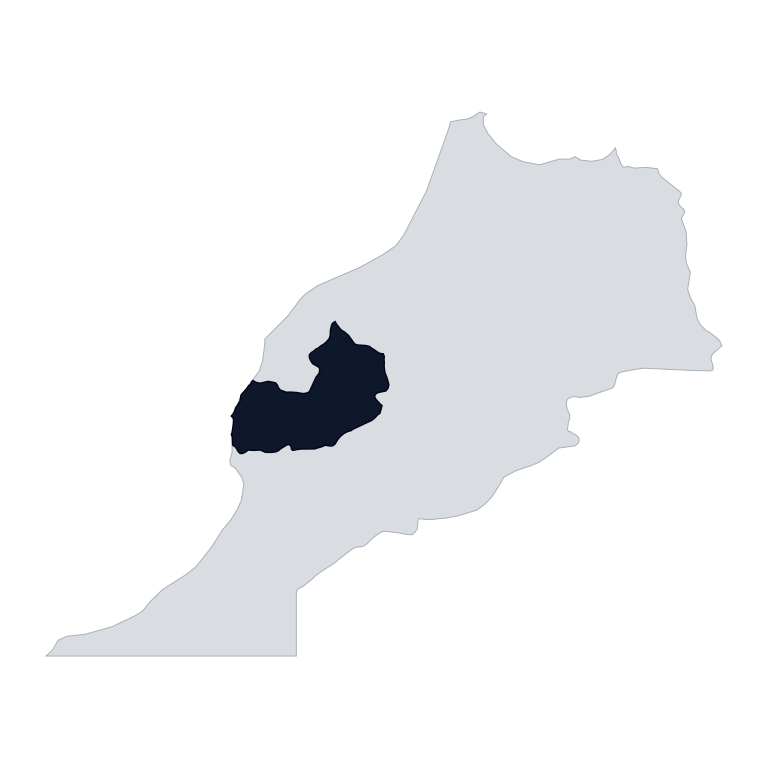 Morocco, with Marrakech - Tensift - Al Haouz highlighted
{"feature_id": "MAR-1456", "entity_name": "Marrakech - Tensift - Al Haouz", "entity_type": "Region", "adm_level": 1, "iso_a3": "MAR", "parent_name": "Morocco", "parent_adm1": "", "projection": "mercator", "projection_center": [-8.579, 31.832], "detail": "fine", "context": "in_parent", "style": "filled", "palette": "ink", "viewbox_px": 768, "rotation_deg": 0, "n_neighbors": 0, "source": "natural_earth", "source_scale": "10m", "svg_char_len": 4160}
<svg xmlns="http://www.w3.org/2000/svg" viewBox="0 0 768 768"><path d="M52.9,649.5L58.0,640.4L66.7,636.3L84.9,634.3L111.8,626.8L136.0,615.3L142.9,610.7L150.2,601.6L162.4,589.6L185.1,575.2L195.6,567.2L211.6,547.0L222.2,530.3L231.0,519.5L237.1,509.9L241.4,500.1L243.8,484.4L242.2,478.2L235.5,468.2L230.9,465.5L229.7,460.7L232.1,452.3L232.1,437.8L233.5,414.6L240.9,395.8L259.2,371.1L262.6,360.9L264.7,344.7L264.9,339.0L287.8,315.9L301.2,298.1L305.9,293.7L317.7,285.6L359.0,267.8L382.3,255.0L395.9,245.7L404.0,234.6L426.5,191.0L448.6,129.1L450.5,121.9L460.3,119.9L467.3,119.0L472.9,116.7L479.9,112.0L486.6,113.9L483.3,117.1L483.3,124.7L488.0,133.7L496.2,143.8L511.2,156.6L522.9,161.7L539.5,164.8L559.0,159.2L569.8,159.1L575.1,156.7L580.9,160.2L591.8,161.3L602.3,159.5L610.3,154.1L615.4,147.9L616.2,151.0L616.4,154.3L618.0,156.2L621.1,164.0L622.8,167.1L628.9,166.6L634.1,168.1L646.0,167.4L657.4,168.7L659.1,173.8L662.4,177.8L674.1,187.0L681.1,192.7L681.3,194.6L679.1,199.3L678.1,202.5L680.0,205.9L684.3,210.0L684.6,212.0L683.6,214.3L681.3,218.7L686.1,231.7L686.9,244.2L685.7,253.1L685.7,258.3L686.3,262.6L690.3,272.7L687.6,289.3L690.7,298.3L694.8,305.7L697.1,318.7L700.4,324.9L705.9,330.3L709.0,332.1L715.1,336.6L719.4,340.3L721.9,345.9L716.5,350.5L712.2,354.5L710.9,358.9L713.0,366.0L713.0,369.7L710.2,370.9L698.9,370.6L690.1,370.3L679.9,369.9L665.6,369.2L656.8,368.8L644.7,368.2L640.5,368.5L629.3,370.5L621.5,371.9L620.1,372.3L617.7,374.0L616.0,379.2L614.5,385.1L612.9,387.7L589.3,396.2L580.1,397.4L574.7,396.5L570.9,397.2L567.7,399.0L566.5,401.8L566.4,405.3L567.1,408.9L569.4,413.8L569.8,418.7L568.3,422.2L568.0,425.7L567.3,429.4L568.5,431.5L570.8,431.8L573.1,433.5L576.3,435.1L579.0,438.1L578.8,442.3L576.6,444.7L574.6,446.0L565.8,447.1L558.8,448.0L549.7,454.7L539.9,461.9L528.4,466.7L523.4,468.0L514.5,471.4L503.9,477.1L498.7,486.1L492.1,496.5L485.7,503.4L477.0,510.0L469.0,512.5L458.8,515.6L446.0,518.1L436.9,518.8L434.2,519.4L426.3,519.5L422.4,519.0L419.4,518.8L418.3,519.5L417.9,521.1L417.7,524.8L417.2,529.1L414.6,532.7L412.9,534.3L410.8,534.9L404.1,534.0L398.5,532.8L385.1,531.3L382.4,531.7L381.4,532.1L377.3,534.5L370.8,539.7L366.5,544.2L363.2,546.3L355.5,547.4L352.1,549.0L337.7,560.2L334.6,562.9L319.7,572.6L315.5,575.8L312.2,579.0L303.3,586.2L297.7,589.3L296.6,591.2L296.3,595.5L296.3,605.2L296.3,614.4L296.3,627.8L296.3,641.2L296.3,656.0L46.1,656.0L52.9,649.5Z" fill="#d9dde1" stroke="#a8b0b8" stroke-width="1"/><path d="M232.6,444.9L232.4,437.9L232.2,436.8L231.3,434.4L232.0,432.9L233.5,423.7L233.6,419.9L233.3,418.4L232.8,417.6L232.0,416.9L231.3,416.1L233.1,413.8L234.4,411.5L235.7,407.6L236.3,406.7L237.3,405.7L237.7,405.2L238.0,404.1L238.8,403.3L239.1,402.5L239.9,401.4L240.1,400.8L240.9,395.5L241.4,394.5L246.5,388.9L248.7,385.7L249.2,385.3L250.0,384.7L250.4,384.2L250.9,383.5L251.4,382.4L251.6,381.9L253.0,380.5L255.3,382.0L257.2,382.7L260.0,383.2L268.3,381.4L275.5,382.8L277.4,385.1L278.2,387.4L280.4,390.1L286.6,392.3L289.8,392.1L296.5,392.5L302.8,393.6L306.4,393.2L309.4,391.7L315.9,377.5L319.2,373.1L319.8,369.4L319.0,367.4L312.6,363.6L310.8,360.8L309.4,357.8L309.4,354.7L311.6,352.4L313.6,351.2L315.9,349.1L318.2,348.1L320.8,345.9L323.4,344.4L326.5,341.8L329.4,338.3L330.4,334.5L330.3,331.1L331.7,324.7L332.8,323.0L335.1,321.6L336.3,323.8L339.6,328.1L341.6,330.3L344.1,331.7L348.5,335.4L354.3,343.5L355.7,344.5L356.8,344.7L358.2,345.1L365.5,345.5L369.6,346.5L371.7,348.3L373.6,349.3L379.4,353.3L383.3,353.9L384.3,356.7L384.0,359.2L384.3,362.4L384.1,366.7L384.9,372.5L387.1,378.2L388.8,384.6L388.1,388.1L385.9,390.9L377.9,392.6L375.4,394.3L374.5,396.7L376.0,399.4L380.4,404.3L382.0,405.6L380.0,413.1L378.9,414.0L377.3,415.1L375.4,417.4L372.2,420.1L353.1,429.1L350.9,430.7L348.2,431.3L344.3,433.2L340.7,436.1L337.6,439.7L335.1,444.0L332.6,445.8L330.0,446.0L325.3,445.2L322.1,446.6L314.4,448.9L301.2,449.0L297.1,449.5L294.0,450.2L292.6,450.3L291.5,449.2L291.2,447.0L290.2,445.4L288.7,444.4L286.5,445.1L280.7,448.7L278.4,450.7L275.9,451.8L271.7,452.4L265.4,452.3L260.2,450.0L253.6,450.4L248.1,450.0L245.9,451.8L242.7,453.4L240.1,453.5L238.0,451.3L235.7,447.2L232.6,445.0L232.6,444.9Z" fill="#0f172a" stroke="#020617" stroke-width="1.5"/></svg>